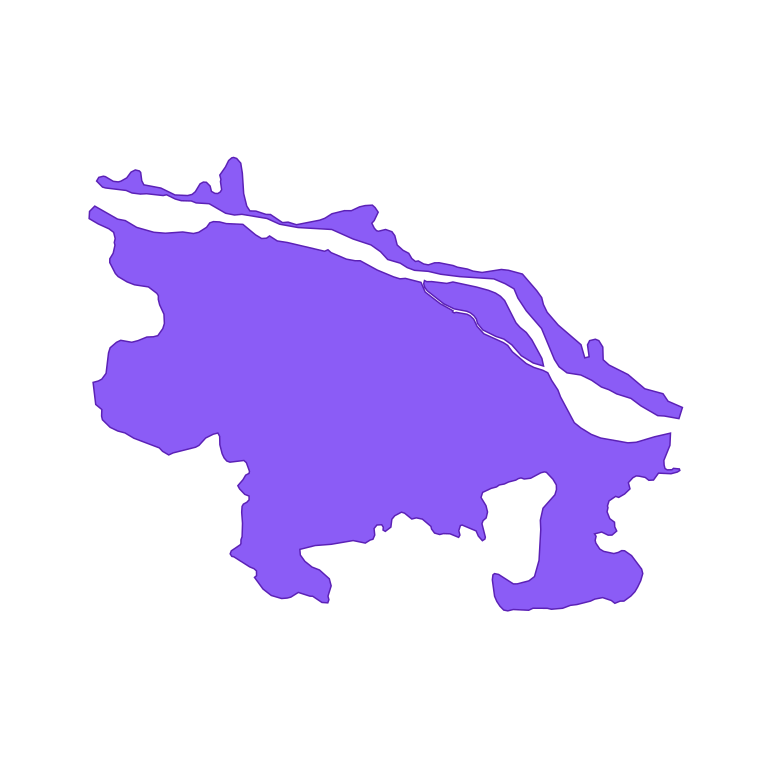 the district of Biba, Bani Suwayf, Egypt, rotated 257°
{"feature_id": "37247803B33717646792475", "entity_name": "Biba", "entity_type": "district", "adm_level": 2, "iso_a3": "EGY", "parent_name": "Egypt", "parent_adm1": "Bani Suwayf", "projection": "mercator", "projection_center": [30.97, 28.949], "detail": "fine", "context": "isolated", "style": "filled", "palette": "violet", "viewbox_px": 768, "rotation_deg": 257, "n_neighbors": 0, "source": "geoboundaries", "source_scale": "gbopen_adm2", "svg_char_len": 6160}
<svg xmlns="http://www.w3.org/2000/svg" viewBox="0 0 768 768"><g transform="rotate(257 384 384)"><path d="M224.7,214.3L211.4,220.0L203.3,226.6L198.0,236.0L197.2,241.6L197.3,245.3L200.2,253.6L194.0,264.0L193.2,266.8L185.1,274.4L183.4,280.0L186.2,281.8L189.9,281.7L199.2,287.1L206.5,286.9L217.3,279.3L221.8,272.7L229.0,267.0L236.2,264.0L241.8,264.8L242.1,280.6L239.7,296.4L238.4,318.7L233.2,330.0L235.1,335.5L235.2,338.3L238.9,341.0L245.4,341.8L248.2,345.4L247.4,350.1L244.7,351.1L241.9,350.2L240.1,352.1L243.0,358.5L250.4,361.2L253.2,364.8L255.2,372.2L253.5,375.0L246.2,380.7L246.3,385.4L243.7,391.0L234.7,397.7L232.0,397.7L227.4,399.7L224.8,404.4L224.9,408.1L223.2,414.6L217.8,422.2L219.7,424.0L224.3,423.9L228.9,426.6L229.0,428.4L220.1,440.7L214.6,441.7L209.2,444.6L210.2,447.4L212.0,448.3L225.8,448.0L228.6,449.8L230.5,453.4L236.0,456.1L242.5,456.0L251.6,453.0L256.2,455.7L258.2,464.9L258.4,470.5L259.7,473.6L259.5,478.8L260.5,483.4L260.7,490.8L261.6,493.6L261.7,496.4L259.9,499.2L259.2,505.7L262.2,516.8L262.3,520.5L261.4,522.4L253.2,527.2L246.9,529.2L242.3,528.3L237.6,525.6L227.2,511.0L216.1,505.7L206.9,504.0L177.3,495.4L162.5,487.3L159.6,480.9L159.3,468.8L160.1,465.1L172.7,452.8L174.4,449.0L173.5,447.2L168.8,445.5L152.3,444.0L146.8,445.0L141.4,447.0L136.8,449.8L135.1,453.6L135.2,459.2L131.0,474.1L132.0,478.7L128.7,492.7L126.9,496.4L125.3,507.6L126.4,515.9L125.7,522.4L126.0,536.3L127.0,541.0L126.7,549.0L121.9,556.8L118.4,559.6L119.3,565.2L118.5,569.0L121.9,576.9L125.2,581.8L129.0,585.4L134.6,589.9L141.1,593.5L145.7,593.4L161.1,586.6L167.4,580.9L168.2,578.1L167.2,574.4L167.1,569.8L171.5,560.4L174.7,557.1L181.4,554.6L184.2,554.6L187.9,556.4L190.6,555.4L190.8,562.8L186.3,568.4L185.5,572.2L188.4,577.7L192.9,576.7L197.5,577.5L202.0,573.7L209.3,572.6L213.1,574.4L214.9,574.3L219.5,577.0L222.4,584.4L220.7,587.2L222.7,593.7L226.5,600.1L232.9,599.9L236.7,605.4L237.7,609.1L236.8,611.9L234.2,617.5L230.6,620.4L229.8,625.0L235.4,631.4L232.0,643.5L232.2,650.0L233.2,652.8L234.8,652.7L236.7,647.1L235.7,645.3L236.6,640.7L238.4,638.8L242.0,638.7L246.6,639.5L259.9,648.8L271.7,652.1L271.7,635.7L270.5,616.7L271.8,608.4L282.6,583.0L288.3,574.6L296.9,565.9L303.5,560.7L331.7,553.1L339.0,552.1L349.9,548.1L358.1,546.1L361.6,541.9L366.4,533.8L371.9,527.2L386.5,516.3L393.8,513.2L397.5,509.6L410.5,492.5L419.3,487.6L426.9,486.0L431.0,483.3L433.3,480.6L437.6,470.4L437.5,468.4L438.9,466.9L439.8,467.7L449.5,456.9L464.3,444.8L474.7,442.9L482.1,428.6L482.9,423.2L486.2,417.5L496.5,403.1L509.4,388.6L510.6,383.6L514.1,375.5L523.9,362.0L527.4,359.6L526.7,356.0L543.6,321.7L547.4,312.2L554.0,305.8L552.5,302.3L553.3,297.5L558.2,292.4L571.3,282.4L575.8,266.3L578.9,260.3L580.6,254.3L580.2,250.5L576.6,246.4L573.5,237.6L573.5,232.2L577.4,222.1L580.1,204.9L583.6,193.9L592.2,178.3L601.4,168.7L604.6,161.5L622.4,142.2L618.4,135.9L611.5,133.9L604.3,141.5L597.1,150.9L592.6,154.7L586.2,154.8L582.5,153.0L579.8,153.1L572.3,149.5L567.7,145.0L564.0,144.1L552.1,147.1L548.5,149.1L541.3,156.6L536.8,163.2L531.6,176.3L523.5,183.0L520.8,184.0L517.1,183.1L511.6,183.2L501.5,185.3L492.3,183.6L487.7,180.9L482.0,174.5L481.9,169.9L483.1,163.5L481.6,154.1L481.4,147.6L485.8,137.3L484.8,132.7L480.9,125.3L476.3,122.6L456.9,115.6L452.2,110.1L451.2,106.4L451.0,100.9L428.9,98.5L422.6,103.3L416.2,101.6L412.5,101.6L403.4,107.4L398.1,114.0L394.6,120.6L387.4,128.1L372.3,150.7L368.2,153.1L363.3,158.3L364.3,163.0L364.8,186.2L365.8,189.9L371.5,198.1L373.5,206.4L373.6,211.1L370.0,212.1L361.7,210.4L352.5,210.6L347.9,211.6L344.3,213.5L342.5,216.3L341.0,230.3L338.3,232.2L329.2,233.3L327.3,232.4L326.3,228.7L322.5,225.1L317.8,218.7L314.2,219.7L307.8,223.5L305.2,227.3L301.5,226.5L299.6,223.7L298.6,220.0L296.7,218.2L291.1,216.5L280.1,214.8L267.2,211.4L264.4,209.6L260.7,208.7L259.7,207.8L255.8,197.7L253.1,195.9L250.3,196.9L249.4,198.8L236.0,212.0L233.3,215.8L230.6,217.7L225.9,216.7L224.7,214.3ZM294.0,669.5L303.3,656.9L311.7,653.7L320.7,637.0L338.3,623.9L351.8,607.6L358.3,603.0L370.8,605.5L377.9,603.1L380.1,600.0L380.0,594.1L376.4,591.1L364.4,590.0L364.3,585.5L378.0,584.8L402.2,567.0L417.2,559.1L425.6,557.2L432.7,557.1L440.6,553.8L460.0,543.6L466.8,530.9L469.2,524.1L470.6,504.7L474.0,496.1L477.2,491.2L481.3,481.8L483.9,478.0L489.7,465.1L490.7,460.5L490.1,454.0L492.0,449.7L496.2,445.1L496.3,442.2L500.0,439.3L505.8,437.5L510.0,432.6L516.5,428.1L526.1,427.9L530.6,426.0L534.2,420.3L534.1,412.9L535.1,411.2L538.0,409.6L543.4,408.3L545.4,411.2L552.7,417.0L557.9,415.0L560.9,412.9L562.1,405.7L562.1,400.0L560.2,391.1L561.8,384.5L561.6,371.6L558.8,363.6L558.1,358.3L558.9,334.5L563.3,327.0L564.1,321.4L574.7,311.5L575.8,307.2L581.3,298.1L582.8,292.3L588.2,290.3L601.1,290.1L621.3,293.4L631.4,294.1L636.9,291.2L638.6,288.4L638.6,286.5L636.7,282.9L631.1,278.3L624.5,271.0L619.9,271.1L618.1,270.2L609.8,269.5L607.9,267.6L607.0,264.9L607.8,262.1L610.5,259.2L616.0,259.1L620.5,256.3L621.4,253.4L620.4,249.8L613.8,243.4L611.9,239.7L611.8,235.1L615.2,222.9L625.1,210.7L632.1,194.8L636.6,193.7L644.9,194.5L646.7,193.5L648.5,189.8L647.4,185.2L642.7,179.7L640.8,173.2L640.7,170.5L642.4,165.8L648.7,159.2L649.6,157.3L649.5,152.6L646.4,149.6L639.2,154.0L637.7,156.7L630.6,176.3L626.8,181.4L623.9,189.3L622.8,195.5L617.3,211.2L617.3,214.7L611.2,222.2L608.2,227.7L605.7,237.4L602.7,241.7L599.0,254.2L586.0,268.1L582.3,276.3L581.3,283.7L571.6,307.2L563.2,318.2L555.8,335.4L546.3,367.9L532.3,386.4L522.5,402.5L513.7,410.4L504.5,415.6L498.1,427.0L492.2,432.8L487.9,439.3L483.8,452.5L478.2,463.9L471.6,481.9L461.7,514.7L454.5,524.6L447.5,532.1L437.6,533.8L423.3,539.1L402.6,550.0L369.5,555.6L361.3,558.5L353.7,564.8L348.5,577.8L340.9,587.2L332.2,595.1L327.8,601.9L322.0,608.5L314.4,621.4L304.9,629.4L291.6,643.6L289.8,649.8L283.9,663.6L294.0,669.5ZM448.8,460.2L441.5,469.1L436.2,481.1L433.9,484.2L430.3,487.0L426.6,488.6L422.0,488.8L414.5,492.4L405.2,503.7L400.8,510.9L393.5,517.3L380.7,524.1L370.9,534.1L365.6,543.5L373.4,543.6L393.7,538.0L402.2,534.2L408.5,529.3L414.0,526.3L438.2,520.3L443.3,517.2L447.5,513.1L451.7,507.0L457.6,496.1L467.9,474.1L467.9,467.8L473.1,453.4L474.1,448.7L475.7,446.7L472.7,445.2L468.9,445.5L465.1,447.1L448.8,460.2Z" fill="#8b5cf6" stroke="#5b21b6" stroke-width="1.5"/></g></svg>